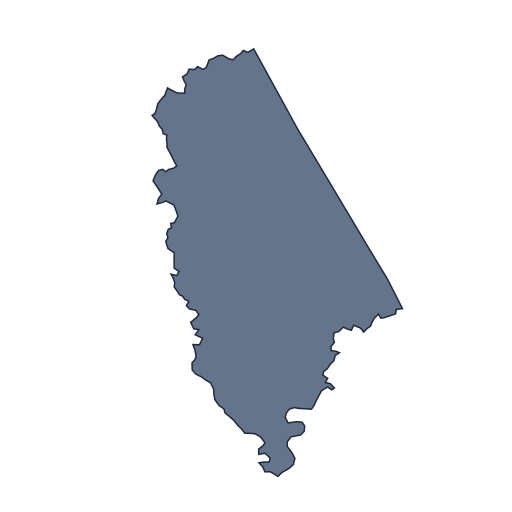 the district of Mariluz, Paraná, Brazil, rotated 323°
{"feature_id": "56859067B28050062371574", "entity_name": "Mariluz", "entity_type": "district", "adm_level": 2, "iso_a3": "BRA", "parent_name": "Brazil", "parent_adm1": "Paraná", "projection": "natural_earth1", "projection_center": [-53.245, -24.055], "detail": "fine", "context": "isolated", "style": "filled", "palette": "slate", "viewbox_px": 512, "rotation_deg": 323, "n_neighbors": 0, "source": "geoboundaries", "source_scale": "gbopen_adm2", "svg_char_len": 2512}
<svg xmlns="http://www.w3.org/2000/svg" viewBox="0 0 512 512"><g transform="rotate(323 256 256)"><path d="M140.9,445.3L146.0,444.5L154.5,445.5L160.4,445.0L165.3,441.0L166.3,435.4L166.3,427.1L168.9,423.3L175.1,421.5L184.0,425.8L189.0,425.0L192.6,421.1L192.8,416.5L189.2,413.1L181.2,408.6L182.2,402.4L186.1,399.5L190.4,398.4L195.4,400.1L198.3,403.3L208.1,411.7L212.4,410.3L219.3,406.6L227.5,403.0L230.9,403.3L234.4,403.8L235.9,408.5L239.2,408.6L238.6,402.8L235.3,398.8L239.6,396.8L237.7,391.4L240.5,389.0L245.2,388.9L250.5,387.1L255.0,386.6L259.5,383.1L264.4,383.5L262.5,380.2L259.0,376.7L261.4,373.5L266.6,372.2L268.2,368.2L272.0,364.4L277.0,366.1L282.9,365.3L284.7,368.8L287.4,372.7L292.3,370.1L296.1,376.4L296.2,381.6L300.2,380.8L305.3,380.9L308.9,378.7L313.0,376.9L318.8,376.0L318.3,380.8L321.5,382.5L326.2,384.1L332.7,386.2L335.8,383.1L341.3,386.2L347.0,354.1L350.6,319.1L358.3,248.3L364.5,190.7L365.6,180.1L378.8,89.2L371.9,88.4L369.7,84.2L365.5,85.1L359.9,84.7L356.1,85.7L353.0,82.2L350.2,75.5L345.9,73.1L340.7,72.6L336.5,71.2L329.8,75.5L326.1,75.2L323.3,69.5L319.2,70.2L315.0,66.5L310.6,69.1L305.0,68.7L303.8,73.5L303.4,77.4L299.8,79.5L297.3,82.9L294.0,80.9L291.1,78.1L288.7,73.6L286.5,68.5L279.8,72.8L273.6,74.0L269.2,75.3L264.6,79.1L261.1,81.3L257.6,81.2L258.2,89.8L257.0,94.0L257.3,98.4L255.5,102.5L257.5,105.6L254.9,108.7L252.6,112.7L250.4,115.4L249.0,124.2L247.6,131.3L246.9,136.4L243.2,136.3L238.2,134.3L234.8,134.4L233.6,130.7L229.7,129.0L225.0,130.5L219.0,134.0L218.7,140.9L218.0,149.8L212.6,151.5L208.3,154.9L213.8,157.0L217.2,157.8L221.1,166.0L219.3,172.2L217.6,177.2L210.8,180.3L207.5,178.6L205.5,182.7L202.0,181.9L198.2,184.4L196.6,188.4L192.7,190.0L190.2,197.1L192.6,204.2L187.9,210.3L183.3,216.5L185.2,222.0L181.0,223.9L177.2,219.4L176.7,223.2L175.1,228.4L172.0,231.5L171.9,236.9L171.5,240.8L173.2,244.0L173.0,247.9L175.2,251.8L170.6,253.7L170.9,258.2L175.3,263.4L175.0,268.6L171.5,269.3L163.9,269.7L162.5,276.7L166.1,280.4L160.1,282.3L161.9,285.9L163.9,289.6L157.3,292.9L152.4,288.8L150.5,294.7L147.3,300.8L144.3,302.2L140.7,302.7L136.5,308.6L136.9,314.2L139.6,319.5L141.2,324.9L143.4,330.0L142.0,336.9L139.1,341.2L136.7,346.0L136.5,353.1L138.3,358.7L136.8,363.0L137.9,366.8L139.3,373.6L139.6,380.4L140.4,386.0L140.4,390.8L143.8,393.5L148.1,397.2L150.7,403.0L150.8,410.5L147.6,411.7L141.9,411.8L138.8,416.0L144.5,419.0L145.7,425.8L142.5,428.5L138.5,425.4L133.9,422.9L134.5,428.5L133.2,433.7L137.4,436.8L139.3,440.9L140.9,445.3Z" fill="#64748b" stroke="#1e293b" stroke-width="1.5"/></g></svg>